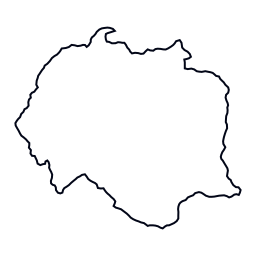 outline of Comercinho, Minas Gerais, Brazil
{"feature_id": "56859067B55549255445639", "entity_name": "Comercinho", "entity_type": "district", "adm_level": 2, "iso_a3": "BRA", "parent_name": "Brazil", "parent_adm1": "Minas Gerais", "projection": "albers", "projection_center": [-41.766, -16.287], "detail": "fine", "context": "isolated", "style": "outline", "palette": "ink", "viewbox_px": 256, "rotation_deg": 0, "n_neighbors": 0, "source": "geoboundaries", "source_scale": "gbopen_adm2", "svg_char_len": 3392}
<svg xmlns="http://www.w3.org/2000/svg" viewBox="0 0 256 256"><path d="M179.7,40.1L176.1,41.2L174.6,43.5L173.1,45.1L170.9,46.7L168.1,48.4L165.7,49.5L163.4,49.4L160.5,48.9L157.6,48.7L155.4,49.1L153.3,50.7L150.2,50.4L147.7,49.4L145.7,51.2L143.5,53.6L140.9,53.9L138.3,53.1L135.0,52.8L132.0,53.4L130.2,51.6L129.2,49.6L127.3,47.6L125.9,44.8L124.4,42.8L122.3,42.8L120.3,42.4L118.0,42.2L115.5,43.2L112.0,43.3L109.1,41.9L106.8,41.6L105.9,39.5L105.5,36.7L105.9,34.0L107.7,33.1L110.7,32.2L114.8,30.9L112.9,28.9L109.9,27.9L107.4,27.6L104.1,28.0L101.8,28.4L99.4,29.5L96.8,31.8L95.4,34.1L93.8,35.9L91.9,37.4L90.8,39.5L90.7,42.0L88.7,45.3L86.7,46.9L85.0,45.0L83.0,44.9L80.5,45.7L77.5,46.1L74.7,45.3L71.6,44.9L68.9,47.0L65.8,48.0L61.7,48.5L60.3,50.9L59.0,52.6L57.0,54.6L54.4,56.1L51.9,58.1L49.9,61.0L47.3,63.8L44.7,65.6L43.9,67.9L42.1,70.0L40.7,72.1L39.4,74.1L38.2,75.8L37.7,77.9L36.7,80.7L36.3,84.7L37.8,87.4L35.9,89.5L34.3,91.7L31.9,92.8L30.3,94.8L30.8,97.7L29.0,99.5L28.3,102.2L28.6,105.7L26.7,108.1L24.5,109.2L23.4,111.9L21.2,114.0L20.1,117.1L18.0,119.2L16.6,121.1L15.4,123.1L15.7,125.6L17.1,128.1L18.7,130.8L20.1,133.6L21.4,135.7L23.8,137.5L26.1,139.5L27.4,141.1L29.3,143.0L29.3,145.1L28.9,147.7L30.9,150.1L30.5,153.5L32.0,155.8L34.7,156.0L35.6,157.9L36.8,160.4L37.6,163.6L40.3,165.1L42.8,164.2L45.1,163.8L45.5,161.5L47.3,160.5L48.6,162.1L49.4,165.0L49.1,167.7L50.0,169.8L51.2,172.0L52.2,174.6L51.9,177.9L50.9,180.9L51.1,183.4L52.7,184.8L54.7,185.4L55.8,187.3L56.0,190.1L57.9,192.7L60.3,193.4L62.4,192.6L63.1,189.9L64.3,188.1L66.6,186.7L68.9,185.1L71.2,182.8L73.7,180.7L75.7,179.1L77.4,177.5L79.8,176.4L82.0,174.9L84.9,174.3L86.7,176.6L88.2,179.0L90.4,180.7L92.6,181.9L95.0,183.0L96.7,184.4L97.9,188.0L100.8,188.5L103.5,188.3L104.9,190.5L106.2,192.2L107.7,193.7L109.4,195.1L111.2,197.0L113.7,199.1L115.3,201.4L114.7,203.5L113.6,206.0L115.8,207.6L118.5,208.4L121.1,209.3L123.6,211.2L126.8,213.6L128.9,215.6L130.7,217.6L133.2,219.2L136.0,220.5L138.7,221.4L141.0,222.4L144.0,223.1L145.9,224.5L147.7,225.9L149.8,225.3L152.7,225.3L155.4,225.6L158.0,226.3L160.5,227.7L162.7,228.4L165.1,226.4L166.9,225.4L169.1,225.3L171.6,224.2L174.0,223.1L176.7,221.1L178.3,218.6L178.3,215.6L178.4,212.0L178.1,209.1L178.4,206.6L179.2,204.2L180.4,202.6L182.4,201.2L185.7,200.0L187.9,197.4L190.4,196.3L193.1,195.3L195.2,193.1L198.9,192.1L201.4,192.7L203.3,193.9L205.9,195.7L209.2,196.8L211.6,196.8L214.3,196.6L216.9,196.1L219.1,195.7L221.3,195.5L224.1,195.3L226.8,196.1L229.1,197.4L231.5,196.6L234.3,194.6L236.4,194.2L238.8,194.9L239.9,192.6L240.6,190.0L238.5,187.3L235.9,187.1L233.3,185.1L231.4,182.0L230.7,180.0L228.7,178.6L227.0,176.1L227.4,173.4L227.9,170.6L227.4,168.3L226.1,166.1L224.5,163.5L222.8,160.6L221.3,158.9L220.8,156.8L221.3,154.7L222.3,152.2L224.0,149.7L225.3,147.2L223.4,144.0L223.1,141.3L223.5,139.1L224.0,136.9L224.9,133.9L225.9,131.0L227.1,128.3L226.9,124.5L225.8,122.1L226.0,118.7L226.2,116.1L227.4,113.0L227.6,110.1L227.3,107.6L228.1,105.2L227.6,103.0L226.4,100.4L225.6,97.6L226.1,94.8L228.2,92.7L228.8,89.9L228.2,87.4L225.3,84.7L223.8,82.4L221.9,80.6L220.2,78.9L219.0,76.5L216.1,75.9L214.4,74.3L212.7,72.9L210.4,72.2L208.2,71.8L205.3,71.2L201.7,71.9L198.8,71.6L196.7,71.2L194.2,69.4L191.4,68.6L187.7,69.1L184.8,68.4L184.8,65.7L184.8,62.3L184.3,59.5L186.6,59.0L188.9,58.3L190.9,56.8L189.8,54.0L187.6,51.7L184.5,50.0L182.2,47.6L181.5,42.8L179.7,40.1Z" fill="none" stroke="#020617" stroke-width="2"/></svg>